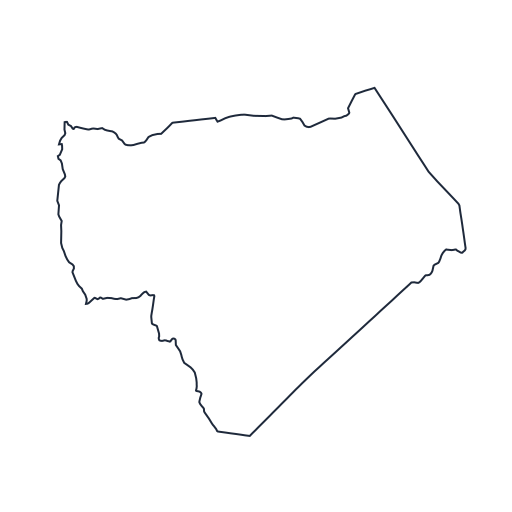 the border of Algeria, rotated 276°
{"feature_id": "DZA", "entity_name": "Algeria", "entity_type": "country or territory", "adm_level": 0, "iso_a3": "DZA", "parent_name": "Africa", "parent_adm1": "", "projection": "equal_earth", "projection_center": [1.791, 28.04], "detail": "fine", "context": "isolated", "style": "outline", "palette": "slate", "viewbox_px": 512, "rotation_deg": 276, "n_neighbors": 0, "source": "natural_earth", "source_scale": "50m", "svg_char_len": 4633}
<svg xmlns="http://www.w3.org/2000/svg" viewBox="0 0 512 512"><g transform="rotate(276 256 256)"><path d="M369.1,51.7L369.5,52.9L369.6,54.0L368.0,55.0L367.0,55.6L365.9,58.4L363.6,60.3L363.3,60.9L363.3,61.4L364.9,62.2L365.4,63.1L365.7,64.2L365.1,68.1L364.7,71.1L364.3,75.0L364.3,76.6L365.0,78.4L365.6,79.8L365.8,81.4L365.7,85.3L366.5,87.6L367.1,89.7L365.8,92.3L365.3,94.7L365.0,98.0L364.9,100.1L364.1,102.0L363.0,103.8L361.7,105.0L360.1,105.9L358.3,107.2L356.9,110.7L353.7,113.6L353.1,114.6L352.8,116.9L353.0,120.1L353.6,122.6L355.2,126.4L356.7,130.5L357.1,132.6L357.7,133.4L359.6,134.8L363.0,136.6L363.6,137.4L365.4,140.3L367.1,145.4L367.6,148.9L370.8,151.6L373.7,154.1L376.4,156.3L379.5,158.7L379.9,159.4L381.0,164.5L382.1,169.6L383.4,175.2L384.6,180.8L386.1,187.4L386.9,191.2L387.9,195.8L389.1,201.1L387.4,202.3L385.6,203.7L387.0,206.5L389.8,211.0L391.5,214.6L392.1,216.2L393.5,220.7L394.6,225.1L394.9,226.5L395.4,229.9L395.2,239.2L396.2,251.1L397.3,257.0L395.9,262.4L394.7,267.5L394.8,270.1L395.7,274.1L396.5,277.1L397.5,278.7L397.4,283.7L397.1,285.5L394.1,288.2L390.8,290.6L389.9,292.7L389.7,294.9L390.2,296.8L392.6,300.9L396.2,307.1L400.2,313.9L400.5,315.6L400.8,320.4L402.6,326.5L404.3,329.2L405.0,331.2L406.3,332.6L407.5,333.6L408.3,333.8L412.6,332.1L420.0,334.9L427.1,337.7L427.6,338.2L429.2,341.7L431.9,347.5L433.8,352.2L435.6,356.3L426.7,363.5L417.8,370.7L408.9,377.9L399.9,385.1L390.9,392.3L381.9,399.5L372.9,406.7L363.9,414.0L357.9,418.8L354.1,423.0L349.3,428.3L344.8,433.6L341.2,437.8L336.6,443.2L334.3,445.9L329.1,451.9L327.5,453.0L320.6,454.7L314.3,456.4L308.5,457.9L304.5,458.9L300.6,459.9L295.0,461.3L290.9,462.3L286.6,463.4L285.9,463.6L285.1,463.6L284.5,463.6L283.3,463.0L281.9,461.6L280.9,460.9L280.7,459.7L281.2,458.3L281.9,456.9L282.2,455.9L282.7,455.1L283.3,454.4L283.3,453.5L282.8,452.0L282.3,450.0L282.3,446.2L282.3,444.9L282.4,444.5L281.0,443.1L278.6,441.5L276.3,440.5L275.3,440.2L272.8,439.7L269.4,438.7L268.2,438.0L266.0,434.5L264.9,433.6L259.7,433.0L258.0,432.4L256.6,431.6L255.4,430.5L254.8,428.6L254.6,427.0L254.1,426.3L248.4,422.5L247.0,421.3L246.2,420.1L246.2,418.3L246.4,416.2L246.1,414.3L245.9,413.3L243.3,411.1L237.6,406.0L231.8,400.9L226.0,395.9L220.3,390.8L214.6,385.7L208.8,380.7L203.1,375.6L197.4,370.6L191.7,365.6L186.0,360.5L180.3,355.5L174.7,350.5L169.0,345.5L163.3,340.4L157.7,335.4L152.0,330.4L147.3,326.2L142.0,321.7L138.2,318.5L134.3,315.2L130.1,311.8L127.5,309.6L124.2,307.0L121.0,304.4L117.8,301.9L114.6,299.3L111.4,296.7L108.2,294.2L105.0,291.6L101.8,289.0L98.6,286.5L95.4,283.9L92.3,281.4L89.1,278.8L85.9,276.2L82.7,273.7L79.6,271.1L76.4,268.6L76.5,263.9L76.7,260.0L76.9,254.4L77.0,249.5L77.2,244.7L77.3,241.3L77.4,237.9L77.5,236.3L77.9,235.6L79.7,234.5L82.5,231.9L83.5,230.8L84.9,229.6L89.5,226.1L90.5,225.2L95.1,221.2L96.1,220.6L98.5,220.2L99.5,219.5L100.9,217.9L102.9,216.0L104.2,215.2L104.5,215.0L105.4,214.9L109.4,215.4L111.1,215.8L113.2,216.2L113.8,215.9L114.4,215.4L115.2,214.1L115.4,212.6L115.5,211.3L115.6,210.7L116.0,210.4L116.9,210.5L118.1,210.7L120.5,210.7L121.4,210.5L124.1,210.2L128.1,209.3L131.2,208.2L133.7,207.3L136.4,205.0L138.4,202.6L140.5,198.9L142.2,195.8L145.4,193.8L148.2,192.6L149.7,192.1L153.3,190.5L156.3,188.0L159.1,185.6L161.2,185.3L163.9,184.9L164.6,184.5L165.2,183.6L165.3,182.2L164.5,181.1L163.5,180.6L162.9,180.0L162.2,179.9L161.8,179.2L162.1,177.9L162.2,176.7L162.6,175.5L162.6,173.8L161.9,172.1L161.7,170.8L161.8,169.6L162.1,168.7L163.2,168.1L164.3,167.8L165.9,168.1L168.7,167.7L175.9,164.8L176.4,163.9L176.9,161.9L177.5,160.1L178.2,159.5L178.6,159.4L181.0,158.9L184.4,158.2L185.7,158.1L189.3,158.3L192.0,158.5L196.3,158.7L199.4,158.8L202.1,158.9L205.5,159.1L206.3,158.7L206.3,157.4L205.7,155.0L206.1,153.5L207.5,152.1L209.1,150.5L208.4,148.7L207.1,147.4L205.3,145.9L204.3,145.3L202.7,143.5L201.7,141.4L201.1,137.0L199.9,134.5L199.0,131.5L199.9,126.0L198.7,122.6L198.6,121.2L198.6,119.5L199.0,116.6L198.8,112.4L197.4,108.2L198.1,106.7L198.4,106.0L198.4,105.3L197.1,104.0L196.5,102.9L196.9,101.8L197.5,100.3L197.5,99.7L195.4,97.8L192.0,94.8L191.0,93.5L190.6,91.9L193.9,92.3L195.6,92.1L199.7,90.2L202.9,87.5L205.3,86.2L207.5,83.3L209.5,81.4L212.4,79.5L220.6,75.2L221.8,75.2L224.5,76.2L226.8,75.9L228.4,74.4L230.2,70.8L232.8,68.6L236.2,66.5L240.8,64.4L243.8,62.5L248.5,60.8L260.3,59.8L266.4,58.9L270.5,59.1L274.7,56.1L276.8,55.1L285.8,54.8L290.1,52.6L306.2,52.6L308.2,53.4L310.1,54.5L313.5,57.4L315.1,58.0L317.2,57.4L322.2,54.7L327.7,53.3L330.7,51.7L332.0,49.4L334.6,48.5L336.1,50.3L341.9,52.1L345.5,51.6L347.0,51.1L346.4,48.4L350.2,49.1L353.1,50.4L356.2,53.0L358.2,53.5L361.7,52.3L369.1,51.7Z" fill="none" stroke="#1e293b" stroke-width="2"/></g></svg>